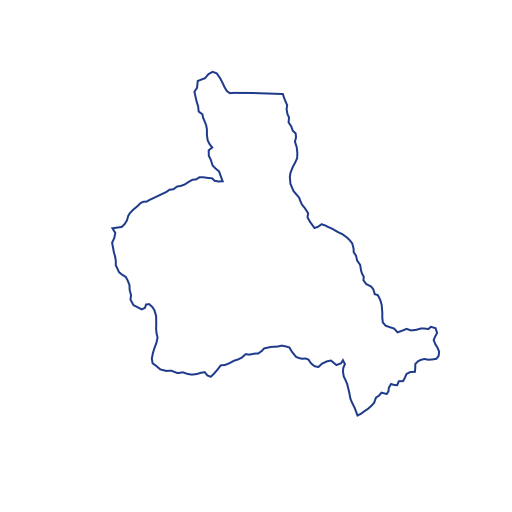 the district of General Salgado, São Paulo, Brazil, rotated 157°
{"feature_id": "56859067B40214897962213", "entity_name": "General Salgado", "entity_type": "district", "adm_level": 2, "iso_a3": "BRA", "parent_name": "Brazil", "parent_adm1": "São Paulo", "projection": "natural_earth1", "projection_center": [-50.427, -20.643], "detail": "fine", "context": "isolated", "style": "outline", "palette": "blue", "viewbox_px": 512, "rotation_deg": 157, "n_neighbors": 0, "source": "geoboundaries", "source_scale": "gbopen_adm2", "svg_char_len": 3275}
<svg xmlns="http://www.w3.org/2000/svg" viewBox="0 0 512 512"><g transform="rotate(157 256 256)"><path d="M168.0,394.6L195.7,407.5L213.1,415.0L216.5,416.1L218.4,419.3L219.0,423.7L219.1,427.1L219.5,433.4L220.8,439.5L224.0,442.5L228.7,442.0L233.4,439.6L241.2,439.9L244.6,433.8L248.5,431.3L250.2,422.1L250.8,416.4L252.3,411.4L250.0,407.4L250.7,403.7L250.7,399.3L250.8,395.7L251.8,391.5L253.9,386.5L255.3,381.4L255.0,377.0L253.9,373.0L258.3,371.7L260.3,366.6L260.0,362.5L260.6,356.3L259.2,352.7L256.9,348.2L257.2,344.8L257.5,337.8L261.5,339.3L264.7,341.4L266.1,344.7L269.7,346.6L273.6,349.0L277.3,350.6L281.1,349.9L284.7,351.0L288.5,350.6L293.6,349.7L298.0,349.9L301.3,350.8L305.9,349.7L309.9,350.8L313.4,350.0L332.4,349.2L335.5,348.8L338.3,349.9L341.3,349.9L346.5,347.9L350.7,346.7L355.2,344.8L357.9,342.9L360.8,339.3L364.1,336.9L368.2,335.2L377.3,337.6L376.5,332.2L379.3,328.1L383.3,324.4L384.3,319.7L385.3,315.3L386.0,310.1L387.0,306.2L388.7,302.2L388.5,298.5L388.4,294.6L386.6,291.2L384.1,287.7L383.7,283.6L383.8,278.7L385.5,274.4L386.4,268.6L388.6,264.9L388.0,258.7L382.1,251.5L378.4,251.7L376.2,254.3L373.1,253.4L371.2,249.1L370.7,245.6L371.4,239.8L374.3,232.6L376.5,227.8L377.8,223.5L378.4,219.6L381.4,215.2L386.2,210.1L389.2,206.4L392.0,202.2L393.1,197.7L390.7,193.6L388.4,189.0L383.4,185.2L378.9,183.6L374.0,178.9L368.6,177.4L365.5,174.5L361.5,171.9L356.4,170.4L352.7,170.1L348.6,169.1L347.4,165.0L344.8,162.5L340.6,164.1L335.4,166.7L331.2,169.1L327.1,167.8L322.2,167.7L317.2,168.2L313.0,167.8L308.8,168.0L303.9,169.7L300.7,167.8L295.4,166.7L292.1,165.4L287.9,166.3L284.5,167.8L281.1,167.1L277.2,166.3L271.9,164.3L267.2,163.4L264.0,161.2L261.0,158.8L260.3,153.6L258.5,147.4L256.0,145.0L253.5,143.3L250.6,142.4L248.2,140.2L247.3,135.7L245.3,131.8L242.0,129.4L237.4,131.1L231.8,131.3L227.9,130.5L224.6,124.2L219.6,124.0L216.7,126.1L216.4,121.7L219.3,119.0L221.0,115.9L222.3,111.0L222.1,107.3L222.1,102.5L223.4,94.6L224.9,87.3L224.9,83.9L224.5,77.3L224.9,69.5L220.7,69.8L216.8,70.8L212.8,71.5L208.4,73.0L204.6,74.7L201.0,78.7L197.1,79.5L193.9,81.2L189.6,77.9L186.9,79.7L185.2,82.8L181.7,85.4L179.3,83.4L176.6,81.9L173.5,84.9L169.5,83.4L166.7,85.6L163.6,88.6L159.4,88.9L155.0,87.3L153.3,90.4L151.6,94.3L148.0,95.8L145.0,96.0L141.2,95.4L138.0,93.2L134.2,91.9L130.2,90.9L126.9,92.7L124.8,96.4L124.8,100.8L125.4,104.9L125.3,109.2L122.5,111.9L119.4,114.4L118.9,119.4L122.7,122.5L125.8,121.4L129.1,123.3L132.3,124.8L137.8,125.5L142.5,127.0L145.9,130.1L150.0,130.1L155.5,130.4L157.2,135.2L163.9,141.1L165.2,145.3L163.9,149.8L161.9,154.4L160.8,157.8L159.4,161.9L158.8,167.2L159.1,172.3L161.6,174.5L161.0,179.5L162.0,183.0L165.5,187.1L166.6,191.7L164.9,194.8L165.3,198.1L165.0,201.6L163.6,207.1L164.7,212.4L163.8,217.2L164.6,221.2L163.2,225.0L162.5,230.0L163.5,233.7L165.0,237.4L168.0,242.4L171.1,245.8L175.5,251.7L177.7,253.9L180.6,257.3L183.2,259.6L187.5,258.7L191.2,258.9L192.9,266.2L193.5,271.4L191.3,275.1L192.4,281.2L193.6,285.3L193.7,289.4L193.5,292.9L194.9,297.3L196.1,301.1L196.1,309.0L193.9,315.7L191.6,319.3L187.2,323.7L183.2,326.9L179.9,330.0L177.7,334.6L176.0,340.3L175.5,346.0L172.7,349.7L171.6,353.4L173.2,356.9L172.9,361.4L173.8,366.2L171.5,370.6L171.6,374.4L170.4,379.4L168.4,382.6L168.4,389.8L168.0,394.6Z" fill="none" stroke="#1e3a8a" stroke-width="2"/></g></svg>